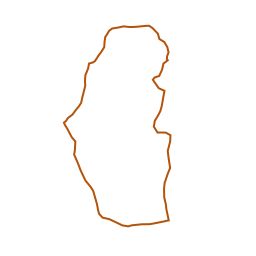 Ujar District, Ucar, Azerbaijan (Albers equal-area conic projection), rotated 74°
{"feature_id": "54616110B8701125158325", "entity_name": "Ujar District", "entity_type": "district", "adm_level": 2, "iso_a3": "AZE", "parent_name": "Azerbaijan", "parent_adm1": "Ucar", "projection": "albers", "projection_center": [47.737, 40.438], "detail": "fine", "context": "isolated", "style": "outline", "palette": "amber", "viewbox_px": 256, "rotation_deg": 74, "n_neighbors": 0, "source": "geoboundaries", "source_scale": "gbopen_adm2", "svg_char_len": 1219}
<svg xmlns="http://www.w3.org/2000/svg" viewBox="0 0 256 256"><g transform="rotate(74 128 128)"><path d="M55.3,147.7L59.9,150.0L65.3,154.3L70.5,156.3L75.5,157.4L82.3,161.3L85.5,163.2L90.9,166.1L94.0,169.7L96.6,173.6L99.8,177.7L101.9,183.1L104.1,185.6L105.2,188.1L107.6,187.8L111.9,186.6L121.4,184.6L126.4,182.3L134.2,185.0L138.7,187.1L147.6,185.9L155.8,185.2L166.7,183.4L174.2,180.2L178.8,178.8L186.3,178.8L192.6,178.8L198.8,179.4L202.7,179.4L204.1,178.7L207.2,177.1L210.4,171.2L215.4,165.5L220.1,160.2L222.6,154.9L222.6,151.1L224.4,141.0L226.4,133.9L226.8,130.3L227.7,119.6L228.0,114.3L226.8,114.2L216.6,113.5L212.3,112.7L204.7,112.3L196.7,110.2L191.0,108.0L182.8,102.3L178.0,98.5L167.6,97.2L161.0,96.1L152.4,91.1L146.6,89.2L142.8,93.0L140.5,100.9L133.8,102.8L128.4,100.2L124.6,96.0L120.7,92.3L116.5,89.7L102.3,82.7L98.2,87.5L88.5,90.8L86.8,88.5L86.6,83.7L81.4,79.2L75.9,76.2L73.8,71.1L72.7,71.7L69.9,70.7L66.5,68.2L61.1,67.9L55.3,69.4L51.1,73.3L45.5,73.3L38.7,76.9L35.5,79.6L34.6,83.3L33.5,89.6L32.4,94.9L31.1,99.4L29.1,104.2L28.7,109.8L28.0,115.8L29.4,119.4L33.3,123.5L34.1,124.7L38.5,126.7L43.8,128.6L47.7,133.0L50.0,136.1L54.5,141.2L55.3,143.4L55.3,147.7Z" fill="none" stroke="#b45309" stroke-width="2"/></g></svg>